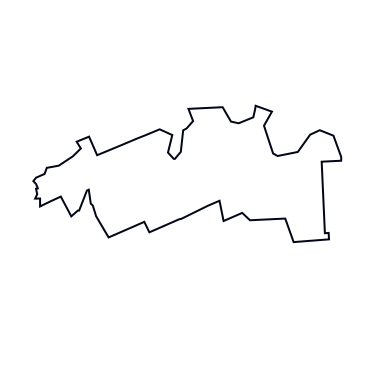 Hampshire, Massachusetts, United States of America, rotated 165°
{"feature_id": "52423323B42715000983787", "entity_name": "Hampshire", "entity_type": "district", "adm_level": 2, "iso_a3": "USA", "parent_name": "United States of America", "parent_adm1": "Massachusetts", "projection": "robinson", "projection_center": [-72.588, 42.37], "detail": "fine", "context": "isolated", "style": "outline", "palette": "ink", "viewbox_px": 384, "rotation_deg": 165, "n_neighbors": 0, "source": "geoboundaries", "source_scale": "gbopen_adm2", "svg_char_len": 1066}
<svg xmlns="http://www.w3.org/2000/svg" viewBox="0 0 384 384"><g transform="rotate(165 192 192)"><path d="M63.0,216.8L79.4,203.3L100.0,204.6L103.7,208.2L105.3,237.4L94.0,248.9L108.2,258.8L109.6,255.6L113.4,248.3L129.1,246.3L136.1,249.9L140.5,266.0L173.9,273.2L172.6,260.2L180.7,254.8L184.6,253.8L192.4,233.7L200.0,228.4L201.1,228.8L205.0,236.3L196.3,252.1L207.0,260.9L214.5,259.9L223.7,258.7L231.5,257.8L258.8,254.1L274.1,252.1L277.1,272.1L290.4,270.4L288.1,262.8L298.2,257.1L299.0,256.9L313.9,251.9L326.0,252.9L329.7,247.6L338.9,246.2L342.4,243.6L340.5,239.9L340.0,235.4L341.8,235.5L342.1,229.9L345.2,226.2L340.4,225.0L342.5,217.4L330.5,219.7L319.9,221.5L314.9,199.7L307.1,203.6L305.8,203.3L293.1,220.6L291.1,220.9L292.8,207.0L291.3,204.6L290.9,193.5L284.3,169.7L245.8,175.5L243.6,164.1L224.4,167.0L211.3,169.0L209.4,168.8L180.2,174.6L167.7,176.4L169.0,155.8L148.9,158.8L143.3,149.7L108.8,142.2L106.8,117.3L71.9,110.8L70.6,117.1L74.3,117.8L58.9,187.7L39.8,183.6L38.8,187.2L40.8,209.8L52.6,218.6L63.0,216.8Z" fill="none" stroke="#020617" stroke-width="2"/></g></svg>